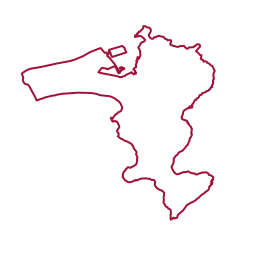 the district of Son Tra, Đà Nẵng, Vietnam, rotated 80°
{"feature_id": "81297802B64444176527608", "entity_name": "Son Tra", "entity_type": "district", "adm_level": 2, "iso_a3": "VNM", "parent_name": "Vietnam", "parent_adm1": "Đà Nẵng", "projection": "natural_earth1", "projection_center": [108.275, 16.103], "detail": "fine", "context": "isolated", "style": "outline", "palette": "rose", "viewbox_px": 256, "rotation_deg": 80, "n_neighbors": 0, "source": "geoboundaries", "source_scale": "gbopen_adm2", "svg_char_len": 5685}
<svg xmlns="http://www.w3.org/2000/svg" viewBox="0 0 256 256"><g transform="rotate(80 128 128)"><path d="M56.0,223.1L60.2,222.4L62.6,223.3L65.0,222.8L66.8,221.6L68.1,218.8L69.4,218.1L81.6,214.0L84.9,213.2L84.8,211.1L84.4,210.4L84.2,207.6L83.6,205.2L83.0,196.8L83.2,193.9L82.9,192.7L82.9,186.7L84.5,171.3L86.8,159.7L88.1,155.3L88.7,153.8L91.0,149.3L93.5,140.6L95.1,137.9L96.6,135.9L100.6,132.1L102.9,131.0L106.2,130.2L107.4,130.3L109.7,131.7L110.3,132.5L110.9,135.0L112.4,136.9L112.4,137.7L115.2,141.0L116.1,141.4L116.2,141.7L116.0,142.3L115.1,142.9L115.6,143.2L116.6,142.6L117.9,142.6L118.4,142.3L118.6,141.7L119.0,141.7L119.1,141.4L118.7,140.9L119.0,140.2L119.1,139.2L119.4,139.1L119.5,138.3L120.3,137.6L124.4,136.3L125.4,136.4L126.6,137.2L127.2,138.1L128.3,138.6L128.7,139.3L130.2,139.2L131.3,138.3L132.2,138.2L133.6,138.6L134.4,139.4L137.1,137.2L137.5,136.3L140.3,132.9L140.9,131.6L142.4,129.6L144.5,127.2L145.6,126.9L145.9,126.4L146.4,126.2L148.9,125.9L153.0,123.8L153.7,123.8L155.3,124.6L158.6,123.7L159.2,124.3L161.6,124.7L164.0,125.5L165.5,126.6L166.8,129.9L167.0,131.5L167.6,132.4L167.5,133.1L166.7,134.3L166.7,135.2L167.0,135.6L167.9,136.5L168.3,137.6L169.1,137.7L170.7,140.0L172.9,141.2L174.5,141.3L175.3,141.8L176.5,141.3L176.8,140.8L178.9,140.1L179.4,139.6L179.7,138.9L180.4,138.4L181.3,137.3L181.7,135.7L181.7,134.1L181.2,131.7L180.7,130.7L181.0,129.6L180.5,129.1L181.2,128.2L180.2,125.0L180.2,123.0L180.9,118.3L181.7,116.3L181.8,115.3L183.1,114.1L183.5,111.8L183.9,111.4L185.6,110.6L188.5,111.5L190.9,110.8L192.1,110.0L194.2,107.8L195.3,105.9L196.3,104.8L198.0,103.7L199.6,103.9L203.0,105.1L205.2,105.1L206.8,105.9L207.2,105.9L208.9,105.5L209.8,104.8L210.9,104.9L211.6,104.6L212.2,104.1L212.5,103.2L212.9,102.9L214.2,102.4L215.7,100.4L219.3,100.4L221.3,101.3L222.6,101.3L224.6,101.9L225.6,101.6L225.6,101.0L224.3,99.1L224.3,98.5L224.9,98.4L225.2,98.1L224.9,95.5L224.2,94.8L222.7,94.3L222.0,93.7L218.8,88.1L214.1,83.3L212.3,78.3L211.9,76.4L211.2,74.9L211.0,74.0L209.9,72.8L209.5,71.4L206.9,67.5L205.7,65.3L205.6,64.2L204.7,63.3L203.1,59.7L202.0,58.9L199.9,58.0L199.8,57.6L199.3,57.6L199.0,56.7L198.5,56.3L198.4,55.7L197.9,55.1L197.4,55.6L197.2,55.0L196.8,55.2L196.7,54.6L196.2,54.4L195.7,54.8L194.9,54.5L194.7,55.1L194.1,54.6L194.1,53.9L193.5,53.9L193.3,53.1L192.2,52.7L190.8,52.8L189.1,54.5L188.1,56.6L186.9,56.7L186.1,57.4L185.1,59.0L185.0,61.8L184.7,62.9L185.1,64.2L185.1,65.8L185.7,67.6L185.6,69.2L184.4,70.1L184.0,71.9L183.0,74.0L182.3,75.1L181.2,76.1L181.5,79.5L181.1,80.4L181.1,81.0L181.9,84.7L181.9,86.0L182.2,86.4L182.1,87.8L181.3,88.9L179.5,90.3L176.5,91.4L174.0,91.9L169.8,89.0L165.8,88.2L165.1,87.1L163.9,86.1L163.1,84.3L161.4,82.6L160.7,81.6L159.8,78.2L157.4,75.1L155.5,73.3L155.0,72.0L153.3,71.2L151.1,69.6L149.2,69.1L147.7,67.5L145.7,66.3L144.8,66.2L144.5,66.6L143.2,66.5L142.3,65.9L139.5,65.2L138.8,65.8L137.5,65.9L135.8,67.2L133.8,67.7L133.8,68.0L133.0,68.0L133.0,68.6L131.5,68.6L131.2,69.2L130.4,69.8L130.4,70.4L129.2,72.3L128.4,73.2L127.0,73.5L123.4,71.3L122.8,71.3L121.1,70.4L120.4,69.5L118.6,65.0L118.7,64.7L119.1,64.6L119.1,64.3L118.3,63.7L117.8,63.9L117.4,63.6L117.8,62.8L118.9,62.6L118.9,61.3L118.2,61.2L117.6,60.7L117.3,60.9L117.3,61.4L116.2,60.9L115.6,60.4L115.2,59.5L113.4,58.4L112.2,57.2L111.9,56.4L112.1,55.9L111.2,55.4L110.6,54.5L110.6,53.8L109.9,52.9L108.3,51.9L108.1,51.5L107.9,49.8L106.6,48.8L106.2,45.4L105.3,44.2L105.3,43.1L104.7,41.3L104.5,41.1L104.4,41.4L103.7,40.2L102.9,39.8L102.3,38.1L101.3,38.4L100.2,37.4L99.8,37.4L99.5,36.7L98.4,36.5L97.4,36.0L96.9,36.3L95.9,36.1L94.3,34.8L92.3,34.9L90.5,34.7L88.3,33.8L86.9,32.7L81.5,34.2L80.9,35.3L79.0,36.7L77.7,38.1L77.5,38.7L76.6,38.9L75.9,39.7L75.6,40.6L75.8,41.5L75.7,42.0L73.9,42.4L73.3,43.6L72.5,44.3L69.2,43.0L68.3,44.7L65.6,46.1L64.5,47.5L64.1,47.6L63.8,47.3L60.3,42.9L59.2,42.8L58.1,43.4L57.7,44.5L57.8,45.8L58.0,46.4L58.9,47.3L59.0,48.7L59.8,49.3L59.3,53.8L59.5,54.5L60.2,55.2L60.2,55.8L59.7,56.9L56.8,58.7L56.4,63.1L56.8,64.3L56.8,65.0L56.4,66.2L55.4,67.8L55.2,68.9L54.3,70.0L53.7,71.3L53.1,71.8L52.3,71.8L50.6,70.4L49.2,70.5L48.7,71.4L48.5,73.8L47.3,74.4L47.0,75.5L46.5,76.1L45.1,76.7L44.2,77.6L43.9,79.0L42.6,81.5L43.0,84.3L43.5,85.1L43.2,86.5L44.3,87.6L44.4,88.1L44.2,89.2L43.3,90.3L41.8,91.2L40.0,91.4L37.0,88.9L35.5,88.5L34.1,88.7L33.0,89.6L32.2,91.8L30.9,93.1L30.4,94.8L30.6,95.3L32.1,95.6L32.6,96.0L35.4,100.0L35.0,100.4L36.7,102.6L37.2,102.3L38.2,104.9L39.5,105.3L39.6,105.1L39.4,104.7L39.6,101.7L39.3,101.1L39.5,100.0L40.1,99.0L42.6,96.8L44.3,95.9L45.6,97.1L46.2,100.1L49.0,102.4L50.4,103.8L50.7,103.9L51.4,103.5L54.8,102.6L55.7,103.1L57.8,102.9L59.6,103.8L60.7,104.7L59.9,105.9L60.1,106.5L60.5,106.6L60.4,106.0L61.0,105.0L61.5,105.0L62.3,106.6L62.1,107.1L62.7,107.8L63.6,108.2L64.4,107.5L66.7,109.2L69.5,109.5L69.9,111.0L70.2,111.6L71.2,112.4L72.9,111.0L73.9,111.4L74.2,110.8L74.9,110.5L75.9,110.9L75.9,111.2L75.5,111.9L76.2,112.9L75.3,113.6L75.0,114.3L73.8,114.7L75.3,120.5L76.1,122.0L76.6,124.9L76.5,127.4L75.1,129.5L68.8,146.1L67.9,147.3L64.5,143.7L64.4,142.7L66.0,138.4L66.4,138.4L66.6,138.1L64.8,130.6L66.2,129.6L68.6,128.8L71.6,128.2L72.4,127.7L72.5,127.3L72.3,126.8L70.9,125.4L69.8,123.7L69.1,121.4L68.6,121.3L67.3,123.1L67.0,123.8L67.1,125.0L67.4,125.6L67.8,125.6L68.1,124.1L68.0,123.7L68.4,123.1L70.0,124.7L71.0,126.6L62.5,130.2L54.1,135.0L54.2,135.5L53.7,135.8L52.1,135.7L50.8,132.4L55.0,131.6L55.3,131.4L53.3,116.6L48.4,117.6L46.2,119.4L47.7,132.8L48.5,133.5L49.3,133.7L49.7,133.5L49.7,132.6L50.4,132.4L51.6,135.6L50.1,136.0L49.9,136.4L50.0,137.7L49.4,138.2L44.6,141.0L45.0,144.1L46.8,152.5L49.5,160.0L51.5,169.0L52.0,173.6L52.1,186.8L52.8,203.3L52.7,213.1L53.0,215.7L53.8,218.5L55.4,222.1L56.0,223.1Z" fill="none" stroke="#9f1239" stroke-width="2"/></g></svg>